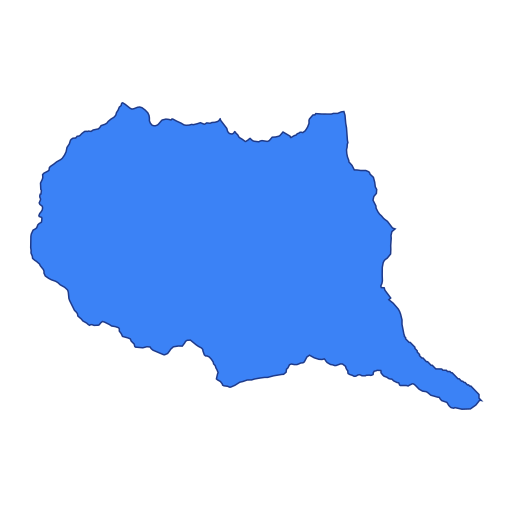 Sakteng, Tashigang, Bhutan (Mercator projection)
{"feature_id": "84629894B26708825657570", "entity_name": "Sakteng", "entity_type": "district", "adm_level": 2, "iso_a3": "BTN", "parent_name": "Bhutan", "parent_adm1": "Tashigang", "projection": "mercator", "projection_center": [91.93, 27.381], "detail": "fine", "context": "isolated", "style": "filled", "palette": "blue", "viewbox_px": 512, "rotation_deg": 0, "n_neighbors": 0, "source": "geoboundaries", "source_scale": "gbopen_adm2", "svg_char_len": 6028}
<svg xmlns="http://www.w3.org/2000/svg" viewBox="0 0 512 512"><path d="M481.3,400.5L479.0,398.1L479.0,394.5L470.9,386.1L469.7,386.1L468.6,384.9L467.4,384.9L465.1,382.5L463.9,382.4L462.7,381.2L461.5,381.2L459.2,378.8L458.0,378.8L452.2,372.8L451.1,372.7L449.9,371.5L447.5,371.5L446.4,370.3L442.8,370.2L441.7,369.0L435.8,368.9L432.3,365.3L431.1,365.3L427.6,361.7L426.4,361.7L423.0,358.0L421.8,358.0L419.5,355.6L419.5,354.4L417.2,352.0L417.2,350.8L414.9,348.4L414.9,347.2L410.2,342.4L409.1,342.4L405.6,338.8L405.6,337.6L404.4,336.4L404.4,335.2L404.0,334.7L402.0,324.4L402.0,319.9L400.6,314.2L399.6,311.5L398.3,309.1L393.2,303.2L388.8,299.7L390.7,298.0L384.9,290.2L384.2,287.8L381.3,287.6L380.8,286.0L381.9,283.5L382.4,280.9L382.2,275.0L382.3,267.3L383.2,262.6L384.3,260.5L385.3,259.5L387.2,258.2L390.6,254.0L390.8,249.3L390.7,245.6L391.2,238.3L391.0,235.5L391.9,231.6L395.1,228.9L392.5,228.0L387.4,221.3L384.9,219.5L383.5,218.3L381.4,215.8L379.6,214.2L377.9,211.8L376.1,208.2L375.9,205.9L373.0,200.2L373.8,196.5L376.4,193.4L376.7,189.5L375.3,186.9L374.7,182.2L373.4,177.3L370.0,174.1L369.8,173.2L368.8,171.8L365.8,170.5L360.7,170.5L357.2,170.0L354.3,169.9L352.0,165.4L348.9,161.9L348.8,160.5L347.5,157.0L346.8,153.7L346.5,149.8L347.1,147.2L347.3,144.1L347.9,142.7L347.4,140.2L346.5,127.8L345.7,123.3L345.0,115.3L343.9,111.5L341.2,111.9L337.7,113.4L333.4,113.4L331.3,114.1L321.5,114.0L315.7,113.6L315.0,114.8L312.9,115.0L309.5,118.9L309.0,120.2L309.0,123.4L308.5,124.7L307.6,127.0L306.3,129.2L305.1,130.9L302.8,132.6L301.1,132.2L300.0,132.3L298.8,133.2L297.3,133.7L296.0,135.1L294.3,135.6L290.9,137.6L290.3,137.0L290.3,136.5L290.0,136.1L283.0,132.0L279.9,135.6L278.8,136.2L275.5,137.0L272.2,137.2L269.3,140.6L267.8,141.3L267.1,141.4L262.0,140.6L260.2,141.0L258.8,141.8L253.9,141.2L253.1,140.9L251.9,140.1L250.1,138.4L249.6,138.6L248.2,139.9L245.7,141.5L245.1,141.4L242.3,139.3L239.5,137.6L238.9,137.0L237.7,134.8L235.7,132.9L235.4,132.1L234.6,131.7L233.6,133.2L232.4,133.9L231.8,134.0L229.7,133.6L229.1,133.2L228.3,132.4L227.5,131.1L226.8,128.4L220.6,120.3L220.2,118.9L219.8,119.1L219.4,120.0L218.7,120.8L217.6,121.5L214.9,122.3L211.9,122.5L210.1,123.3L206.7,122.9L204.6,124.2L204.1,124.2L200.4,122.7L197.4,123.7L193.4,124.7L191.6,124.4L189.2,125.1L186.1,125.3L184.0,124.9L181.2,123.2L176.8,121.2L172.7,119.0L171.9,119.0L171.3,119.8L170.6,119.9L168.7,119.4L165.9,119.1L162.2,120.0L161.6,120.5L158.6,124.0L157.5,125.0L155.3,125.8L154.3,125.8L152.8,125.5L152.0,125.1L150.3,123.1L149.4,120.8L149.4,117.9L149.0,115.4L147.8,112.8L145.1,110.0L142.0,107.7L139.7,107.0L137.5,107.3L133.9,108.7L131.9,109.1L129.9,108.1L125.3,104.4L122.7,102.8L121.8,103.2L121.4,104.1L121.2,105.4L120.5,106.2L119.4,107.0L119.1,107.6L118.1,110.1L116.5,112.6L115.8,115.1L115.1,116.0L113.9,117.3L110.8,119.2L108.2,121.4L106.8,123.2L104.9,124.3L101.1,125.6L99.7,127.7L98.3,128.9L93.1,130.0L91.1,131.4L88.4,131.1L87.2,131.5L86.5,131.3L84.7,131.4L81.9,133.5L79.8,135.7L78.3,136.2L77.2,136.2L75.7,138.0L72.9,138.2L71.4,139.2L70.5,140.2L69.3,144.0L67.0,147.4L66.1,151.8L64.5,155.1L62.3,158.3L60.7,159.6L56.7,161.8L53.8,164.1L50.3,166.5L49.4,167.6L49.0,170.2L47.9,171.1L43.9,173.2L42.6,174.6L42.8,177.2L42.6,178.4L42.1,179.8L40.5,183.1L40.8,189.4L41.4,190.4L41.0,193.7L40.8,194.2L40.2,194.2L39.8,195.7L39.8,197.0L40.6,199.0L40.5,199.8L39.2,202.9L39.9,204.4L42.3,206.3L42.6,207.9L42.2,210.1L41.1,211.8L39.7,213.5L38.9,215.5L39.2,216.5L41.6,217.4L41.9,218.4L41.7,220.6L41.4,222.2L39.1,223.6L37.9,224.8L37.6,225.2L37.4,226.3L36.8,227.2L36.8,227.7L35.5,228.8L33.1,230.1L31.3,234.0L30.9,236.2L30.7,247.6L31.1,250.3L31.0,253.0L32.3,256.1L32.6,258.4L34.8,260.3L36.5,261.4L39.6,264.1L40.2,265.6L43.4,269.6L44.0,271.3L44.0,273.2L45.3,276.0L48.6,278.3L51.4,279.8L55.7,281.3L58.0,282.7L60.2,284.8L64.7,287.3L67.4,289.8L67.8,290.5L68.3,292.3L68.9,298.4L69.6,300.5L74.5,310.4L76.0,311.8L77.4,313.6L77.9,316.1L81.4,319.1L82.8,320.9L86.7,323.1L88.1,324.4L89.5,325.3L90.6,324.7L91.9,324.6L94.1,325.4L98.3,325.2L99.2,324.8L100.7,322.9L102.4,321.5L104.3,322.0L109.4,324.5L111.6,326.0L115.3,326.6L118.5,327.7L119.3,328.7L119.3,331.1L121.2,333.6L122.5,336.4L127.9,337.9L130.3,338.9L131.2,341.1L134.2,344.1L134.7,346.3L135.4,347.1L142.8,347.8L146.9,346.7L150.1,347.0L151.1,348.6L153.0,350.2L163.6,354.7L164.6,354.8L167.6,353.5L169.6,350.9L170.7,349.2L173.4,346.8L178.5,346.0L182.3,346.1L184.8,342.8L185.5,341.4L187.1,340.3L190.4,340.1L196.0,344.7L198.3,346.3L201.5,348.0L202.8,349.5L202.9,350.8L204.3,354.8L205.5,355.9L207.2,356.0L209.3,357.0L211.4,359.3L213.2,362.0L213.6,363.9L215.2,365.6L216.0,368.1L216.8,369.4L218.1,372.6L217.5,374.1L216.4,378.9L217.6,379.9L220.4,381.5L222.2,383.8L222.6,385.1L223.9,385.8L227.7,386.3L229.4,387.1L230.7,387.1L234.9,385.3L239.8,382.2L242.9,381.5L247.2,380.0L251.7,379.9L254.5,379.0L260.1,378.0L264.6,377.4L267.6,377.4L273.6,375.8L281.9,374.4L283.6,374.3L286.1,372.2L286.5,369.2L287.9,367.9L289.5,364.7L291.4,364.0L294.3,364.6L296.9,364.6L298.8,363.9L300.7,363.0L303.0,362.8L304.3,361.9L306.9,357.0L309.5,355.2L314.2,357.8L318.9,359.3L322.0,359.5L324.3,358.9L325.1,359.7L325.7,360.8L327.1,362.5L330.5,364.5L332.6,364.8L334.8,365.6L336.1,365.5L340.5,363.9L342.5,364.0L345.6,366.4L345.9,367.8L346.5,369.1L347.1,370.1L347.7,370.5L348.0,373.3L348.3,373.7L350.0,374.6L352.3,375.3L354.1,376.3L355.8,376.2L357.9,375.0L359.2,374.7L360.3,374.9L361.8,375.7L363.1,375.8L365.4,375.8L366.2,375.3L369.4,375.1L370.5,375.4L371.7,375.2L373.1,374.5L373.3,372.7L374.2,371.2L376.1,370.8L377.1,370.3L380.8,370.5L381.0,371.3L381.0,372.8L382.6,374.9L384.0,376.2L386.8,377.2L388.8,378.6L390.3,379.0L391.8,379.1L393.7,380.9L397.2,382.6L398.4,382.7L398.8,383.0L399.6,385.0L400.4,385.5L406.4,385.5L408.1,386.0L409.2,385.3L412.3,383.8L413.0,383.8L414.3,384.4L415.9,385.9L419.1,389.2L422.5,391.1L426.3,391.7L428.0,392.8L430.8,395.2L437.4,397.1L439.3,397.4L440.3,399.1L441.7,400.6L446.9,402.4L448.9,405.6L450.3,407.0L451.1,407.6L452.3,407.9L453.8,408.2L454.9,407.6L461.9,409.2L470.4,408.9L475.9,405.0L479.7,400.2L481.3,400.5Z" fill="#3b82f6" stroke="#1e3a8a" stroke-width="1.5"/></svg>